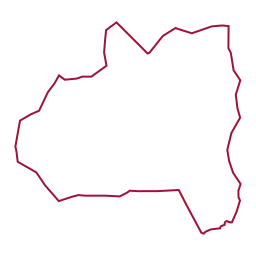 the district of Matad, Dornod, Mongolia
{"feature_id": "93677404B45746313911559", "entity_name": "Matad", "entity_type": "district", "adm_level": 2, "iso_a3": "MNG", "parent_name": "Mongolia", "parent_adm1": "Dornod", "projection": "albers", "projection_center": [116.446, 47.104], "detail": "fine", "context": "isolated", "style": "outline", "palette": "rose", "viewbox_px": 256, "rotation_deg": 0, "n_neighbors": 0, "source": "geoboundaries", "source_scale": "gbopen_adm2", "svg_char_len": 1694}
<svg xmlns="http://www.w3.org/2000/svg" viewBox="0 0 256 256"><path d="M59.0,75.4L54.5,83.4L47.8,92.3L39.1,110.7L30.9,114.3L20.0,120.6L15.4,146.5L16.5,151.8L17.7,161.8L36.3,172.4L43.2,182.6L45.3,185.6L58.8,201.1L71.5,196.9L78.4,195.1L85.8,195.7L105.5,195.7L119.6,196.4L126.9,192.8L129.8,190.7L138.7,191.2L148.7,191.1L157.8,191.1L178.8,190.0L186.3,204.7L196.4,223.5L201.4,232.8L203.8,233.6L204.6,232.7L205.6,231.7L210.9,229.4L216.6,228.7L220.1,228.3L220.1,227.9L220.2,227.5L220.3,227.4L220.4,227.2L220.5,226.9L220.6,226.7L220.8,226.5L220.9,226.4L221.0,226.3L221.2,226.2L222.6,225.5L224.6,224.9L224.7,223.1L224.8,222.9L224.9,222.6L225.0,222.3L225.1,222.2L225.3,222.0L225.4,221.9L225.6,221.8L225.7,221.7L225.9,221.7L226.0,221.6L226.2,221.4L226.3,221.3L226.4,221.2L226.5,221.1L226.8,221.1L227.0,221.1L227.3,221.2L227.5,221.3L227.8,221.4L227.9,221.5L228.1,221.6L228.3,221.7L228.5,221.8L228.8,221.9L228.9,222.0L229.0,222.0L229.3,222.2L229.5,222.2L229.8,222.1L230.0,222.3L230.3,222.3L230.5,222.4L231.1,222.4L231.4,222.4L231.6,222.4L231.8,222.4L232.0,222.3L232.0,222.2L236.6,211.6L240.0,200.5L238.5,197.0L238.4,190.7L240.6,184.0L233.1,172.8L229.1,160.9L227.3,149.9L231.4,133.0L240.1,117.7L237.4,108.0L235.8,94.6L240.3,80.3L233.6,70.3L230.8,52.8L228.4,48.2L228.6,26.1L222.4,25.5L217.1,25.9L211.8,26.4L205.9,28.4L199.9,30.5L192.6,33.0L191.8,33.3L188.4,32.2L184.5,31.0L178.3,29.0L175.8,28.2L175.7,28.0L170.6,31.1L162.9,35.9L159.9,39.6L155.4,45.3L152.5,48.9L149.5,52.7L147.5,53.5L142.0,47.9L136.4,42.3L133.3,39.2L127.9,33.8L125.5,31.4L120.3,26.2L116.5,22.4L106.1,30.1L105.0,40.9L104.1,52.6L106.5,65.7L91.3,76.7L82.6,76.6L76.6,78.6L64.8,79.7L59.0,75.4Z" fill="none" stroke="#9f1239" stroke-width="2"/></svg>